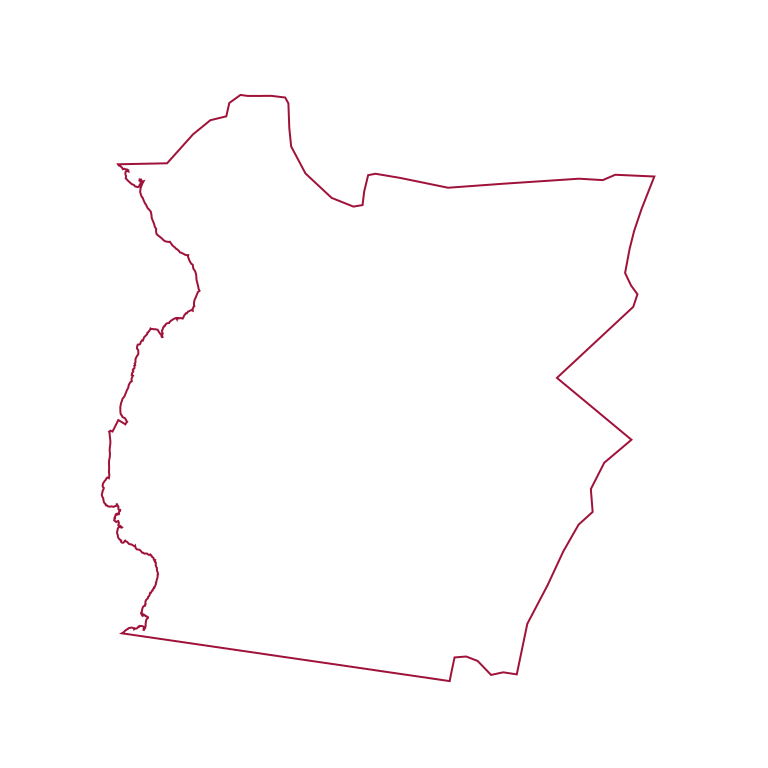 Ngkeklau, Ngiwal, Palau, rotated 173°
{"feature_id": "81905179B53990233662504", "entity_name": "Ngkeklau", "entity_type": "district", "adm_level": 2, "iso_a3": "PLW", "parent_name": "Palau", "parent_adm1": "Ngiwal", "projection": "robinson", "projection_center": [134.636, 7.588], "detail": "fine", "context": "isolated", "style": "outline", "palette": "rose", "viewbox_px": 768, "rotation_deg": 173, "n_neighbors": 0, "source": "geoboundaries", "source_scale": "gbopen_adm2", "svg_char_len": 6159}
<svg xmlns="http://www.w3.org/2000/svg" viewBox="0 0 768 768"><g transform="rotate(173 384 384)"><path d="M145.2,298.5L211.6,369.0L127.2,430.2L121.5,442.2L126.8,451.7L131.2,464.8L123.7,488.3L117.1,505.4L107.0,526.4L90.4,557.0L129.0,563.5L142.0,559.7L165.4,564.0L240.4,568.2L296.5,571.0L342.9,586.6L366.8,593.7L374.3,593.2L380.2,577.5L383.5,564.2L392.7,563.8L413.3,575.1L436.3,602.6L447.2,631.1L446.8,649.6L444.7,674.2L447.2,680.4L460.6,683.7L484.1,686.5L491.2,688.4L503.3,681.8L507.9,668.9L524.2,667.0L543.1,655.1L572.4,629.5L621.2,634.5L620.6,633.2L619.2,632.5L618.4,631.6L617.5,630.4L617.0,629.0L615.4,629.3L613.8,628.2L612.7,628.2L611.7,627.2L611.7,626.0L613.0,626.7L614.0,626.6L614.8,625.7L615.1,623.9L614.7,621.4L615.3,619.6L614.3,618.4L613.2,616.8L610.0,613.1L608.0,612.1L606.9,610.4L605.7,610.0L604.4,609.4L603.2,609.7L602.2,611.5L600.9,612.7L601.0,615.0L602.0,615.7L601.6,616.9L600.1,616.5L600.1,615.4L599.4,614.4L597.9,614.6L599.4,612.5L600.4,610.7L601.7,608.0L602.2,606.3L602.6,604.4L602.3,602.0L601.9,600.4L601.5,599.0L600.9,598.4L600.0,594.9L599.1,592.2L598.4,591.2L598.0,589.8L597.2,587.4L595.9,585.8L594.4,583.3L594.5,582.2L594.2,581.1L594.3,576.9L593.7,574.7L593.2,572.9L592.6,570.6L592.4,568.2L591.9,567.0L591.2,565.9L591.7,562.9L591.4,560.4L589.5,558.3L588.1,557.0L586.8,555.6L585.6,554.0L584.0,552.4L580.8,551.3L579.2,551.3L577.2,547.5L576.0,546.1L575.0,545.2L574.1,543.8L572.9,542.9L571.4,541.2L570.4,539.4L569.4,539.1L567.2,537.7L565.5,536.4L563.7,535.9L562.6,535.8L563.0,534.3L562.6,532.3L562.1,530.4L561.4,528.5L560.6,526.8L559.3,525.7L559.2,521.8L557.7,518.9L557.1,515.4L557.4,510.1L556.6,504.1L556.4,500.8L555.7,499.0L557.6,497.8L560.2,493.1L561.9,490.4L562.8,487.2L563.0,485.3L562.8,484.3L563.6,483.9L564.2,482.7L564.8,481.9L564.9,480.1L566.0,480.9L569.7,479.7L571.1,478.2L571.9,478.4L574.0,476.3L575.1,474.5L575.8,473.5L577.1,473.9L577.6,474.3L579.9,474.1L580.1,474.6L581.4,474.7L581.7,473.5L582.4,474.9L584.2,474.4L586.5,473.4L588.1,472.5L589.2,471.8L589.9,470.7L591.5,470.7L592.4,470.6L593.8,469.5L594.1,468.6L595.1,468.3L595.3,467.7L596.2,467.2L597.0,465.3L597.8,464.2L597.9,462.5L597.5,461.1L598.0,461.0L598.4,459.8L598.2,458.9L598.1,457.6L598.6,457.5L599.0,458.2L598.9,459.5L599.9,460.9L601.0,463.0L602.0,465.4L604.5,466.3L605.7,466.3L606.7,466.8L608.5,467.0L609.0,467.5L609.7,466.2L611.6,464.2L612.6,463.8L612.9,462.4L616.5,459.5L618.0,456.5L618.9,456.8L620.3,455.3L620.9,453.7L621.7,453.1L623.6,453.1L624.3,451.8L624.9,449.4L623.8,447.6L624.2,443.6L625.6,442.1L627.6,439.2L628.1,435.6L629.0,434.6L628.6,433.1L629.7,432.4L629.5,431.5L629.9,429.9L630.9,429.5L631.7,428.4L631.2,427.2L631.6,426.6L632.7,425.5L633.3,423.6L632.1,422.9L633.4,421.1L634.0,419.6L634.0,417.4L635.2,417.0L636.5,415.6L637.6,413.7L638.3,411.5L640.0,409.1L641.3,406.7L643.2,403.2L645.1,401.5L647.5,396.6L648.6,392.9L649.1,387.5L648.8,385.7L648.1,384.9L647.7,383.3L646.9,382.6L645.4,381.8L645.0,381.0L644.5,379.9L644.1,378.6L643.5,377.9L645.1,376.3L645.6,375.5L652.1,380.6L657.4,372.6L659.3,369.9L661.2,371.0L662.7,370.1L662.2,368.7L662.5,367.7L662.5,361.4L662.9,358.0L663.8,354.7L664.4,351.7L664.5,348.1L665.1,344.8L666.1,341.9L666.6,339.4L666.8,336.5L667.2,333.1L667.7,330.6L667.7,327.0L668.6,324.0L669.9,324.9L671.0,324.2L671.8,322.9L673.1,321.8L675.1,319.3L675.7,317.3L675.5,315.8L674.8,315.0L675.1,314.0L676.5,312.0L676.4,311.4L677.3,309.4L677.6,308.3L677.4,307.0L677.1,305.8L676.6,305.0L676.6,302.8L676.5,301.3L676.1,300.2L675.6,299.3L675.1,299.0L675.0,298.2L674.6,297.3L674.0,297.4L672.8,296.2L672.4,296.2L671.6,295.7L669.0,295.7L667.3,295.0L666.3,295.4L665.5,295.6L664.5,295.6L664.0,296.5L664.0,297.2L663.6,297.2L663.1,295.7L662.5,294.5L662.8,293.6L662.8,292.4L662.6,291.6L661.9,291.3L661.2,291.2L661.3,290.6L661.6,290.0L662.1,290.0L662.5,289.4L662.7,288.9L662.9,288.3L662.8,287.3L663.1,287.0L663.8,287.4L664.6,287.0L664.6,287.8L665.3,287.7L665.9,287.4L666.6,286.4L667.1,284.9L667.6,284.4L667.2,284.0L667.3,283.3L667.9,283.2L668.4,281.5L666.5,279.6L665.6,280.1L664.5,280.4L664.1,279.1L664.2,277.7L664.7,277.2L664.9,276.0L664.3,275.5L663.3,275.5L661.5,273.6L661.9,273.4L663.7,274.3L664.5,274.2L665.3,273.7L665.8,272.8L666.2,271.9L666.9,269.7L667.1,268.6L667.0,267.6L666.6,266.4L666.7,264.6L665.9,262.6L665.3,262.1L664.8,261.3L664.0,260.8L664.4,260.2L663.9,258.9L663.2,258.4L661.9,258.3L660.0,260.1L659.5,259.3L658.3,258.7L657.7,258.0L656.8,256.5L655.1,255.7L654.1,255.5L652.7,254.3L651.2,253.2L650.7,253.7L650.5,251.5L649.5,250.0L648.2,249.6L647.2,249.4L646.3,248.7L644.4,245.9L643.4,245.8L642.6,244.9L639.9,244.6L639.4,243.9L637.9,242.9L636.7,243.3L636.3,242.3L635.8,242.2L635.1,240.4L634.4,239.9L633.9,239.3L633.9,238.0L633.7,237.4L632.9,237.2L633.3,236.7L633.2,236.2L632.8,236.0L633.0,235.3L632.4,234.9L632.2,233.9L632.7,232.4L632.4,230.5L631.8,229.1L632.0,227.8L632.0,226.0L631.5,224.3L631.5,222.5L631.9,222.4L632.3,219.7L633.6,216.9L634.3,214.7L634.6,214.6L634.8,213.2L636.3,210.7L636.7,209.9L637.1,210.0L637.1,209.3L637.9,208.9L638.8,207.8L638.9,207.2L639.3,207.2L641.0,205.0L641.6,205.2L642.7,202.4L644.1,201.4L644.2,200.5L644.9,199.8L646.4,198.6L646.9,198.0L647.1,197.3L647.4,196.7L647.6,195.1L647.4,194.7L648.0,194.2L648.1,193.1L649.3,192.9L649.6,192.6L650.3,192.2L650.9,191.2L651.9,188.6L652.0,187.5L652.4,186.6L652.9,186.6L653.1,185.8L652.7,185.5L652.3,185.6L651.9,185.3L652.5,184.7L652.3,183.7L651.7,183.2L651.1,183.8L651.0,185.3L650.5,183.9L649.6,183.8L649.0,182.6L648.0,182.5L647.5,181.8L646.7,181.3L646.7,180.7L647.6,180.1L648.3,179.4L648.8,178.6L649.2,177.6L649.9,174.6L650.0,173.0L650.5,172.6L650.6,171.6L651.3,171.6L650.9,170.9L652.9,168.4L652.5,169.4L652.5,170.2L652.1,170.3L651.9,171.1L652.0,171.9L652.7,172.7L653.5,173.2L654.6,173.4L655.7,173.4L656.2,173.7L657.0,173.3L657.1,172.6L657.8,172.6L658.8,171.7L659.4,171.5L660.4,171.6L661.9,171.0L661.9,172.1L662.5,172.2L663.3,172.7L664.1,173.0L666.2,172.9L667.2,172.8L668.1,172.1L668.7,172.0L669.5,171.4L670.8,170.9L672.2,169.6L674.6,168.5L355.0,81.1L353.2,86.8L347.3,104.0L335.7,103.5L324.8,97.7L313.2,82.2L300.8,83.3L287.6,79.6L271.0,128.5L246.2,164.3L226.3,196.2L208.0,220.7L192.5,231.6L191.5,254.5L175.0,279.0L145.2,298.5Z" fill="none" stroke="#9f1239" stroke-width="2"/></g></svg>